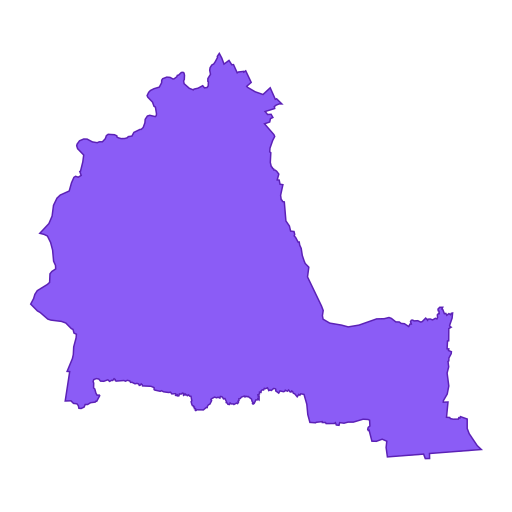 outline of Lan Krabue, Kamphaeng Phet, Thailand
{"feature_id": "78962969B67051098696053", "entity_name": "Lan Krabue", "entity_type": "district", "adm_level": 2, "iso_a3": "THA", "parent_name": "Thailand", "parent_adm1": "Kamphaeng Phet", "projection": "natural_earth1", "projection_center": [99.863, 16.616], "detail": "fine", "context": "isolated", "style": "filled", "palette": "violet", "viewbox_px": 512, "rotation_deg": 0, "n_neighbors": 0, "source": "geoboundaries", "source_scale": "gbopen_adm2", "svg_char_len": 5977}
<svg xmlns="http://www.w3.org/2000/svg" viewBox="0 0 512 512"><path d="M219.3,53.4L217.3,56.4L217.5,57.5L215.2,61.8L213.7,64.0L211.8,65.0L210.1,67.7L209.7,70.2L210.5,74.3L207.9,78.5L207.8,81.3L208.4,81.9L208.2,85.9L207.1,87.5L204.5,87.9L202.7,85.7L198.0,88.2L194.0,89.1L193.3,89.9L189.3,88.3L184.1,83.7L183.6,80.9L184.3,79.5L184.5,75.3L184.0,73.0L183.0,72.3L181.3,72.5L178.6,75.1L177.3,75.4L176.8,76.8L174.1,78.8L173.0,79.0L170.1,77.4L166.8,77.1L162.7,78.7L161.7,80.2L161.6,82.8L159.3,87.1L154.0,88.7L150.4,90.5L148.7,92.3L147.1,95.6L147.8,97.2L152.5,102.1L154.0,106.3L155.4,107.1L156.5,113.8L156.3,115.5L155.3,116.6L149.8,115.3L147.4,116.0L145.2,119.3L144.9,122.8L143.2,127.5L141.2,129.4L140.0,129.4L133.9,132.4L131.9,136.1L128.3,136.6L127.2,137.8L124.8,138.5L121.2,138.6L118.3,137.8L116.9,136.9L116.8,135.8L114.4,134.7L108.2,134.3L106.4,135.6L105.3,138.7L102.4,141.8L99.3,141.8L97.2,142.7L92.4,141.9L87.1,139.1L83.7,139.0L79.5,140.8L77.1,144.1L76.7,145.8L77.6,148.7L83.7,155.0L82.8,161.9L80.5,171.2L79.8,171.5L81.2,175.4L78.2,177.2L75.6,176.3L73.9,177.4L71.5,182.8L69.2,191.0L60.3,195.0L57.0,198.1L53.5,205.3L52.1,216.1L48.9,223.6L39.8,233.3L44.1,234.4L47.4,236.0L50.6,242.5L52.6,250.1L53.6,261.2L55.5,265.4L55.7,268.9L51.8,271.5L50.0,273.8L49.6,282.4L47.3,284.5L37.3,290.6L34.9,294.3L33.6,298.6L30.7,304.1L37.4,310.9L40.2,312.5L47.8,319.1L50.9,320.1L61.4,321.4L65.8,323.0L71.4,328.7L73.0,329.4L74.0,333.1L76.4,334.2L76.1,337.8L73.7,346.9L73.3,354.6L72.4,358.6L67.1,371.4L69.7,371.6L65.2,401.0L70.9,400.8L73.5,403.4L76.9,403.8L78.3,405.6L78.9,408.3L81.1,408.5L84.1,407.1L85.2,404.5L87.6,404.5L90.6,402.7L95.2,402.1L95.7,401.3L96.7,401.3L99.7,395.7L99.3,395.1L97.1,395.2L95.9,393.1L94.8,389.0L93.6,387.9L93.7,383.0L93.1,381.7L93.7,379.6L96.3,378.6L98.8,379.0L100.5,381.1L103.8,381.3L107.8,379.8L109.6,381.4L111.6,380.3L112.7,380.5L114.1,378.7L115.3,379.6L115.2,380.5L116.1,381.1L123.9,380.5L125.5,381.2L127.3,380.3L129.7,380.9L130.6,382.4L132.0,382.3L135.0,383.8L136.9,383.4L138.6,383.9L139.3,385.4L140.0,385.3L141.2,383.9L142.2,384.7L142.5,385.9L151.0,386.3L154.1,387.6L154.1,389.6L154.9,390.1L160.3,391.3L161.4,390.7L163.6,391.8L168.6,392.5L170.5,392.2L171.8,393.9L175.5,393.7L176.0,394.2L175.6,395.4L176.8,395.6L177.4,394.9L177.9,396.0L178.9,395.8L179.4,393.9L181.1,394.1L182.4,393.1L183.8,393.5L183.3,394.8L183.6,395.4L185.5,394.1L185.8,395.0L186.7,394.9L187.3,395.7L188.6,394.9L189.6,396.1L191.0,396.3L191.8,400.8L191.1,401.7L191.8,404.3L192.4,405.6L193.5,405.9L193.6,406.9L194.4,407.0L194.4,408.6L195.5,408.7L195.3,410.3L195.8,410.6L197.0,409.8L203.4,409.9L206.1,407.6L207.2,407.6L207.3,406.5L208.4,404.8L209.9,404.1L211.4,401.1L211.6,400.4L210.9,399.7L211.2,399.0L214.5,397.1L216.7,397.8L218.0,397.2L219.9,398.1L220.3,396.5L220.8,396.4L222.4,397.1L223.5,398.9L224.9,398.5L226.5,401.8L226.2,402.6L227.5,403.3L227.9,404.3L229.5,404.5L230.1,403.0L231.3,403.9L233.3,403.9L233.9,404.5L236.5,403.1L237.6,403.6L238.5,402.2L238.0,401.2L239.0,400.6L238.8,398.9L240.3,398.5L241.4,397.1L244.3,396.1L245.0,397.0L245.9,396.2L247.2,396.8L248.0,396.4L251.5,399.1L252.2,401.7L253.1,402.6L252.5,403.6L253.1,404.1L254.2,403.4L255.9,399.9L258.0,399.8L257.8,398.3L258.4,398.2L259.1,399.2L259.1,396.0L258.2,396.2L257.9,394.7L259.5,394.0L259.5,392.1L261.0,392.4L261.2,390.7L262.4,389.8L263.6,390.0L264.3,388.4L265.5,388.7L267.5,387.8L268.8,390.6L269.9,390.0L271.3,390.5L273.6,388.5L275.1,388.7L275.8,389.3L275.7,390.9L278.7,393.1L280.0,390.9L283.5,391.7L284.7,391.3L285.3,390.2L287.4,391.2L288.6,390.0L290.1,391.9L291.1,392.0L291.7,391.0L292.6,391.6L293.4,393.3L294.6,393.7L297.2,396.8L298.8,394.4L299.9,395.2L300.8,393.8L304.0,394.4L306.8,404.2L307.8,414.6L309.9,422.4L315.6,422.8L316.2,422.3L322.2,421.6L322.3,422.5L325.5,422.5L326.1,423.6L334.4,423.5L335.4,422.7L336.3,425.0L339.0,425.3L339.7,422.6L344.0,423.2L348.1,422.1L353.4,422.1L363.1,419.2L368.1,419.5L369.6,420.2L369.9,426.0L368.2,427.4L367.7,429.4L368.3,430.5L369.1,430.2L371.9,441.2L376.4,441.3L382.2,439.2L386.8,441.2L386.1,447.5L387.4,456.9L423.6,454.1L425.3,458.6L429.6,458.5L429.5,453.5L481.3,449.5L477.2,445.6L469.2,433.7L467.2,428.5L467.2,419.0L460.4,416.6L459.9,418.1L458.8,417.7L458.3,419.1L453.3,419.2L450.4,418.6L449.7,417.5L446.5,417.3L448.0,402.0L443.3,402.2L443.4,400.6L447.2,394.1L448.8,386.0L447.1,373.0L448.7,366.8L448.0,361.4L448.8,360.9L448.9,358.0L451.2,353.7L451.4,351.7L448.5,350.5L448.8,348.9L447.1,348.8L447.2,346.7L447.5,341.0L448.7,340.8L448.8,328.6L451.1,327.2L450.0,326.5L449.6,325.4L452.1,318.1L452.6,313.0L451.3,313.3L450.6,314.7L448.9,313.6L446.8,315.3L445.8,313.4L444.4,313.7L442.8,309.6L441.9,309.0L442.7,307.3L439.7,307.3L438.0,309.1L438.2,310.8L439.0,311.2L439.2,313.6L438.5,313.5L437.3,314.9L437.6,317.5L436.9,318.9L435.4,318.3L432.6,319.9L430.2,319.0L427.9,319.2L427.6,320.2L425.7,318.1L422.2,321.6L420.8,322.1L417.8,320.7L414.1,320.9L412.7,320.1L411.4,320.2L410.5,321.6L411.3,324.0L410.0,324.1L408.7,326.5L404.4,323.7L401.1,323.4L399.3,322.0L395.8,321.9L391.4,318.4L389.0,317.5L384.2,318.7L376.6,318.9L359.0,325.1L348.2,326.9L341.5,325.1L329.7,323.1L323.1,319.2L322.4,315.7L323.2,310.5L321.5,306.0L307.5,276.9L308.8,267.2L305.2,263.5L304.1,260.9L302.3,255.5L301.2,248.4L299.7,245.1L299.2,242.0L298.1,242.1L295.6,237.4L294.2,235.9L294.7,234.4L294.0,231.5L290.6,231.1L289.4,226.0L285.9,220.9L284.3,201.9L282.5,201.5L282.1,200.3L281.2,199.7L280.6,195.3L282.9,184.7L280.0,184.2L279.2,180.1L277.2,179.9L278.8,174.1L276.8,171.4L275.3,170.2L273.9,170.0L273.8,169.1L272.5,168.4L272.4,167.5L271.3,166.6L270.3,162.5L270.8,152.7L269.7,151.8L270.0,148.1L272.7,140.4L274.7,136.5L273.9,134.6L264.5,123.8L269.7,122.0L270.5,118.6L272.9,117.5L271.1,114.3L267.6,114.5L265.1,111.5L274.7,108.5L274.3,106.6L276.2,105.1L279.2,103.9L281.8,103.9L276.6,98.8L275.3,99.3L270.2,87.8L263.0,94.5L255.2,91.8L247.5,87.3L246.7,86.3L251.2,82.4L245.7,70.8L243.8,72.1L243.5,71.4L238.4,72.0L237.2,72.8L233.5,64.6L231.7,64.7L229.0,60.4L224.0,64.1L221.8,58.1L219.3,53.4Z" fill="#8b5cf6" stroke="#5b21b6" stroke-width="1.5"/></svg>